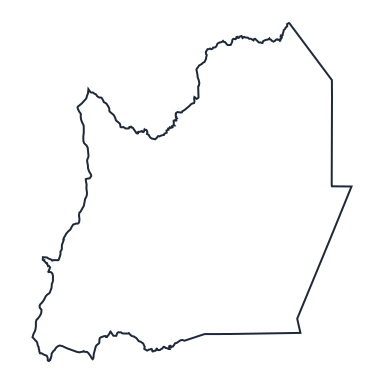 the district of Machinga, Machinga, Malawi
{"feature_id": "42251766B63150381936487", "entity_name": "Machinga", "entity_type": "district", "adm_level": 2, "iso_a3": "MWI", "parent_name": "Malawi", "parent_adm1": "Machinga", "projection": "robinson", "projection_center": [35.39, -14.905], "detail": "fine", "context": "isolated", "style": "outline", "palette": "slate", "viewbox_px": 384, "rotation_deg": 0, "n_neighbors": 0, "source": "geoboundaries", "source_scale": "gbopen_adm2", "svg_char_len": 5790}
<svg xmlns="http://www.w3.org/2000/svg" viewBox="0 0 384 384"><path d="M32.5,337.2L34.6,339.4L35.3,340.5L36.0,340.8L37.1,342.3L37.9,345.9L38.6,346.9L38.7,348.3L39.1,349.6L39.3,351.4L39.9,353.1L40.2,353.4L40.8,353.2L41.6,353.3L44.6,355.0L46.6,355.6L47.1,356.3L47.7,358.1L47.7,360.0L47.8,360.4L48.1,360.7L48.9,361.0L49.4,360.7L49.8,359.9L50.2,359.9L50.4,358.6L50.8,358.4L51.0,357.2L51.4,356.4L51.6,353.7L51.8,353.3L53.6,350.8L54.7,350.1L54.9,349.5L56.3,347.5L57.9,346.2L59.6,345.5L62.3,346.1L67.0,348.3L77.3,352.0L79.5,352.3L82.5,351.7L83.3,351.3L83.3,351.6L87.1,352.0L88.2,352.9L90.3,355.7L91.9,358.5L92.7,359.2L93.4,358.1L93.8,353.8L95.8,346.4L96.6,345.2L98.8,343.5L99.3,342.7L99.5,339.0L99.8,338.1L100.5,337.5L103.6,336.3L105.4,336.0L105.8,336.1L106.1,337.0L106.9,337.0L109.5,333.6L110.1,332.0L110.6,331.6L113.3,335.7L113.9,335.8L116.3,335.8L117.2,333.2L117.8,332.6L118.5,332.2L119.3,332.4L120.8,332.3L122.2,333.3L123.8,333.5L128.2,333.5L128.8,333.1L130.1,334.6L131.8,336.0L133.9,336.5L136.4,338.1L138.8,341.2L140.9,341.8L141.8,342.6L142.9,343.2L143.6,344.2L143.9,345.2L144.7,346.7L144.4,347.8L144.4,349.1L145.7,349.6L146.6,350.4L147.0,350.5L147.4,350.5L148.8,349.6L149.6,349.6L151.2,348.9L151.9,349.3L152.3,351.0L152.5,351.4L152.9,351.5L154.4,350.7L155.2,350.8L156.2,350.2L156.4,348.9L156.7,348.6L157.1,348.8L157.1,349.7L158.8,350.2L160.1,349.9L161.4,348.9L162.4,348.5L163.0,347.4L163.7,346.8L164.5,346.9L165.7,348.0L167.0,348.2L168.7,349.0L169.7,349.0L169.1,347.3L169.2,346.2L170.0,345.7L170.4,345.8L170.8,347.1L171.3,347.3L171.9,346.5L173.1,346.4L175.1,343.3L176.7,342.9L180.5,340.3L182.5,340.0L184.5,340.7L204.5,334.1L230.1,334.0L300.4,332.9L297.2,318.7L330.1,239.1L351.5,186.5L331.9,186.3L331.7,184.1L332.0,96.8L331.9,80.1L289.6,23.5L288.9,23.0L287.1,24.1L287.2,26.4L285.8,27.4L285.5,27.7L285.3,28.7L284.0,29.9L283.6,30.6L283.3,32.5L282.7,33.8L282.7,35.1L282.1,35.7L281.4,35.4L280.9,35.4L280.6,36.2L280.6,36.7L281.8,37.2L281.8,37.7L281.6,38.1L280.5,38.8L280.5,39.2L280.7,39.6L280.1,40.3L280.2,40.7L279.9,40.9L278.7,39.6L277.9,39.8L277.5,39.7L277.3,39.3L276.9,39.3L275.7,40.0L274.9,40.9L273.6,41.6L271.8,40.8L271.0,39.7L269.9,39.4L269.4,38.5L269.0,39.1L268.6,39.0L267.5,39.7L265.8,39.9L263.4,41.0L263.1,41.2L262.5,43.0L262.1,43.1L260.5,42.4L258.9,42.5L255.1,38.8L254.3,38.9L253.5,40.4L251.0,38.8L249.2,38.8L247.9,37.7L245.0,37.4L244.2,36.9L243.5,37.1L242.6,38.1L242.3,37.8L242.0,36.5L241.3,36.0L240.2,36.6L239.5,36.7L238.8,37.8L238.4,37.9L237.5,37.8L237.3,36.9L236.5,37.1L235.9,38.9L235.6,39.2L233.5,38.8L233.1,39.0L232.3,40.1L232.1,42.0L230.7,44.9L228.6,45.1L227.7,45.0L226.7,44.2L225.1,42.1L223.9,41.9L223.0,40.9L222.4,41.6L220.9,42.3L220.1,42.3L218.2,43.1L217.2,44.1L216.6,45.8L215.8,46.9L215.1,47.4L213.1,47.6L212.4,48.8L211.2,49.2L210.1,48.6L209.8,48.6L208.7,49.2L207.5,49.2L206.1,51.5L205.8,52.4L206.1,54.1L206.7,54.8L206.7,55.3L206.0,58.2L206.1,58.7L204.5,62.0L202.9,62.8L202.0,63.8L199.0,65.6L198.1,67.1L197.0,68.4L196.4,69.6L197.4,74.3L197.7,77.4L198.7,80.1L199.3,82.9L198.9,85.7L198.3,86.1L198.2,86.6L198.5,97.5L197.6,98.4L196.6,98.9L194.7,97.2L194.4,97.0L194.1,98.3L194.5,101.5L194.0,103.1L192.3,103.5L191.1,104.2L188.9,106.4L184.8,109.8L182.2,111.4L181.9,112.4L180.8,112.5L177.5,112.1L176.3,112.7L175.8,113.4L176.0,114.2L175.6,115.1L175.8,115.8L176.3,116.5L175.8,117.2L176.0,117.6L177.0,118.4L176.1,119.3L176.0,119.7L176.3,120.5L175.9,120.7L174.8,120.2L173.7,120.7L173.8,124.9L174.4,125.5L172.3,125.8L171.7,126.9L172.3,127.4L172.0,127.6L170.8,127.7L170.0,127.3L169.9,128.2L169.5,128.4L168.4,128.3L168.1,128.6L168.4,129.8L166.5,130.5L166.7,132.7L164.4,133.7L164.0,134.9L161.2,135.5L159.4,136.4L158.2,136.1L157.8,136.3L157.0,137.6L155.1,139.3L151.4,138.4L150.0,137.2L148.6,134.8L147.0,134.0L147.3,132.8L147.3,131.9L146.6,130.2L145.9,129.8L145.1,130.1L144.5,129.5L144.0,131.3L143.5,132.0L142.3,131.8L141.9,131.0L139.5,131.9L138.3,131.8L137.9,132.1L138.0,133.3L137.2,133.5L136.5,133.2L132.8,127.8L132.5,127.5L131.3,127.5L131.0,126.7L129.3,127.1L128.8,128.4L127.5,128.5L125.4,128.4L123.4,127.0L122.1,127.3L120.9,127.2L120.5,126.9L120.2,124.7L119.6,123.4L116.0,120.4L115.2,117.9L113.8,115.1L109.7,111.6L109.3,110.8L109.3,108.7L108.5,106.9L106.5,103.7L105.4,102.9L103.8,102.1L103.3,100.7L101.7,98.0L100.9,97.5L99.3,97.5L98.5,97.2L97.1,96.1L96.1,94.5L93.9,93.4L93.3,92.7L92.5,92.5L91.2,92.5L90.4,92.1L88.4,89.2L88.0,93.4L86.9,96.0L86.6,97.4L86.1,98.7L81.6,103.6L77.9,106.6L77.5,107.5L78.0,109.3L79.5,112.1L80.7,113.5L80.8,114.3L80.7,117.0L81.1,119.7L82.2,122.6L83.3,124.6L83.7,126.0L83.8,132.4L83.3,136.5L83.4,141.1L84.2,143.3L86.7,145.7L87.7,147.7L88.5,155.8L88.3,157.1L87.3,159.6L87.1,161.1L87.9,165.4L88.0,168.1L89.0,171.2L91.1,174.8L91.2,176.2L89.6,178.3L87.0,178.7L85.8,179.1L85.9,181.0L86.6,184.7L86.4,188.1L87.0,192.9L86.8,195.2L86.2,197.0L85.2,198.7L83.8,205.9L80.4,211.9L79.5,212.5L79.3,212.9L79.0,215.7L79.4,218.5L79.4,220.3L79.1,222.1L78.4,223.2L77.7,223.6L75.7,223.6L74.6,224.2L73.4,224.4L73.1,224.7L71.6,227.0L70.4,229.5L67.9,231.7L66.0,234.0L65.4,235.3L64.0,237.6L63.3,239.4L63.3,239.9L63.7,239.9L63.6,240.4L61.9,245.0L61.8,249.2L61.5,250.0L60.5,251.4L60.5,254.2L59.7,257.0L58.7,259.7L58.4,260.1L53.5,260.1L52.3,260.6L51.9,260.4L51.5,259.7L48.2,258.4L47.1,257.5L42.9,257.2L42.8,259.9L43.5,260.3L44.3,260.2L44.3,261.1L45.3,262.0L45.8,262.7L46.1,263.0L46.9,263.0L47.2,263.4L47.1,264.2L47.8,265.3L48.0,266.1L48.9,265.9L50.1,267.5L48.3,271.8L48.6,272.1L49.8,271.9L51.1,272.3L52.4,273.6L53.0,276.1L52.9,279.4L53.1,280.1L52.4,282.8L51.9,283.5L51.5,288.1L49.7,292.7L49.5,293.1L47.0,294.8L45.8,296.2L43.7,300.3L42.0,302.6L40.4,304.2L39.7,305.4L39.6,307.2L40.1,308.2L41.2,309.3L41.5,310.1L41.3,312.5L40.9,313.9L39.8,316.0L37.7,318.8L36.7,319.6L36.3,320.4L35.9,322.1L35.9,326.3L35.5,329.3L34.6,331.9L33.7,333.4L32.5,337.2Z" fill="none" stroke="#1e293b" stroke-width="2"/></svg>